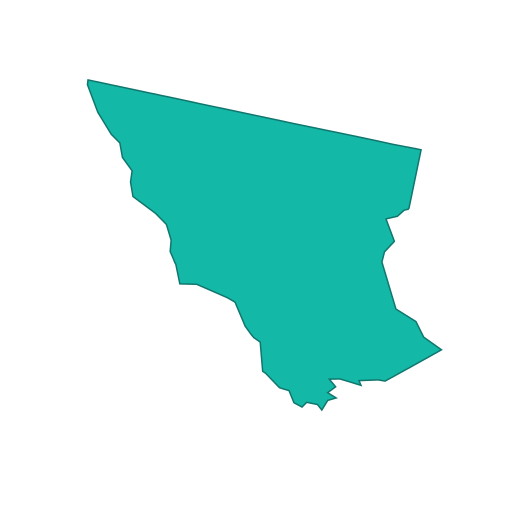 outline of York, Pennsylvania, United States of America, rotated 192°
{"feature_id": "52423323B25610501181533", "entity_name": "York", "entity_type": "district", "adm_level": 2, "iso_a3": "USA", "parent_name": "United States of America", "parent_adm1": "Pennsylvania", "projection": "robinson", "projection_center": [-76.736, 39.973], "detail": "fine", "context": "isolated", "style": "filled", "palette": "teal", "viewbox_px": 512, "rotation_deg": 192, "n_neighbors": 0, "source": "geoboundaries", "source_scale": "gbopen_adm2", "svg_char_len": 1175}
<svg xmlns="http://www.w3.org/2000/svg" viewBox="0 0 512 512"><g transform="rotate(192 256 256)"><path d="M179.6,117.8L176.0,123.4L165.0,123.5L159.6,119.0L155.8,129.7L148.1,133.8L157.5,137.2L150.9,144.6L158.7,150.8L148.3,153.2L126.4,151.3L129.4,155.5L110.9,160.2L103.7,160.5L80.6,180.5L55.1,202.8L75.1,211.5L85.9,225.1L108.1,233.2L131.6,276.3L131.2,286.7L123.7,299.1L136.5,319.2L135.6,319.8L126.0,324.2L120.6,331.6L120.2,331.9L119.1,332.3L117.6,333.1L117.0,333.2L116.3,334.7L116.6,394.2L120.3,394.2L144.7,393.7L162.1,393.8L165.5,393.8L169.5,393.8L201.7,393.7L203.0,393.7L211.6,393.6L243.7,393.4L245.3,393.4L251.8,393.4L291.1,393.4L309.2,393.4L332.6,393.3L343.9,393.3L366.1,393.4L376.6,393.4L383.1,393.3L387.0,393.4L393.7,393.3L394.0,393.3L456.9,393.3L456.5,388.6L440.6,363.7L422.8,344.9L412.7,338.3L407.1,324.6L394.9,313.6L394.1,302.2L388.7,288.6L363.1,276.8L350.2,268.3L342.3,253.9L340.9,242.6L334.8,234.0L334.7,233.5L332.7,231.2L324.7,212.9L308.3,216.0L275.5,209.3L266.9,206.5L252.0,185.1L243.9,177.8L241.0,175.6L234.0,172.7L225.5,144.6L222.2,143.3L205.7,132.1L203.3,131.8L195.7,131.2L188.4,120.4L179.6,117.8Z" fill="#14b8a6" stroke="#0f766e" stroke-width="1.5"/></g></svg>